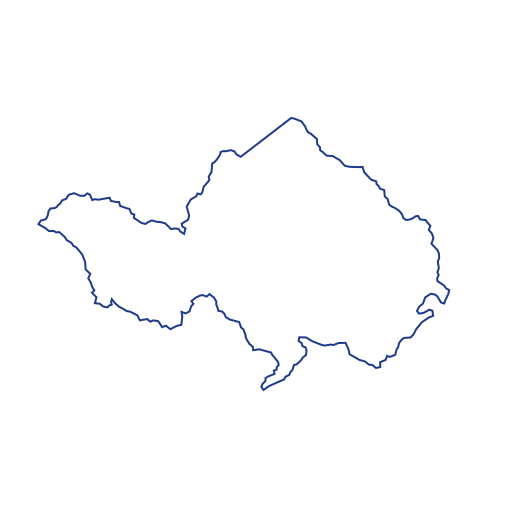 Pantano Grande, Rio Grande do Sul, Brazil (Albers equal-area conic projection), rotated 142°
{"feature_id": "56859067B18096093971388", "entity_name": "Pantano Grande", "entity_type": "district", "adm_level": 2, "iso_a3": "BRA", "parent_name": "Brazil", "parent_adm1": "Rio Grande do Sul", "projection": "albers", "projection_center": [-52.342, -30.265], "detail": "fine", "context": "isolated", "style": "outline", "palette": "blue", "viewbox_px": 512, "rotation_deg": 142, "n_neighbors": 0, "source": "geoboundaries", "source_scale": "gbopen_adm2", "svg_char_len": 3703}
<svg xmlns="http://www.w3.org/2000/svg" viewBox="0 0 512 512"><g transform="rotate(142 256 256)"><path d="M404.6,306.9L402.2,307.3L399.6,306.5L398.6,308.9L396.2,310.7L396.1,305.4L395.3,300.9L393.1,295.8L391.7,292.0L389.8,290.1L388.5,287.7L386.1,282.4L387.1,276.8L380.6,273.3L379.7,269.3L376.7,268.6L373.2,264.9L373.7,257.7L369.9,256.6L368.6,251.1L361.4,249.7L357.3,247.7L351.3,253.7L349.1,257.8L346.8,254.1L342.4,253.3L338.3,256.2L334.8,256.9L334.7,260.2L329.3,260.3L324.3,259.2L322.2,258.2L319.9,254.4L316.1,254.6L314.7,249.1L315.3,244.6L317.3,242.0L318.0,239.4L319.4,236.0L316.8,232.9L316.5,230.2L317.4,226.4L315.7,221.9L313.5,219.1L309.9,214.3L310.9,211.4L311.8,209.0L311.1,206.0L312.9,200.2L314.4,197.8L315.0,193.6L315.3,190.7L314.4,186.6L316.2,183.5L310.8,180.4L303.5,170.6L304.1,168.1L303.9,164.3L303.9,158.7L305.4,156.0L308.1,155.6L309.7,153.8L312.5,154.7L314.0,151.7L317.5,152.7L320.7,153.6L323.7,153.9L325.5,151.7L329.8,151.1L332.3,149.6L332.6,145.9L325.3,145.4L310.0,141.5L307.1,142.7L303.0,141.8L300.3,143.4L297.6,143.7L293.2,146.7L290.5,145.6L285.1,146.0L281.5,147.2L277.6,147.2L274.6,150.1L273.2,153.4L274.9,156.3L273.7,159.1L274.7,162.9L271.9,165.3L266.6,160.9L264.0,153.9L258.9,145.4L257.1,143.2L251.8,140.3L249.7,138.1L244.7,136.7L238.9,132.5L240.4,126.0L242.7,120.9L238.5,110.5L234.9,105.5L233.9,100.8L231.4,98.5L230.4,93.9L226.5,92.0L223.5,95.9L217.8,94.3L214.2,96.6L212.6,94.1L207.2,92.4L202.4,96.0L200.2,96.6L196.9,99.3L192.9,100.4L190.0,100.4L184.3,96.6L180.0,97.3L174.9,99.7L166.1,101.7L157.5,101.1L153.2,99.8L150.7,104.4L152.6,107.0L159.0,108.0L163.0,110.2L162.9,113.6L158.8,115.6L153.8,115.7L148.1,119.2L141.4,118.6L138.6,115.3L138.0,112.4L138.8,105.5L136.9,102.7L134.1,104.5L127.8,107.7L124.7,110.3L126.1,113.2L126.0,117.0L127.5,121.6L128.5,124.6L126.8,127.0L123.8,128.5L123.0,131.5L119.4,133.9L116.2,139.7L112.9,141.6L110.3,145.4L109.4,149.3L110.2,157.7L107.8,159.1L105.0,161.1L103.5,165.8L103.8,170.2L100.0,172.4L100.3,175.9L100.2,179.8L104.2,183.9L103.6,187.8L106.0,189.1L109.7,189.2L113.0,190.4L115.5,191.9L116.5,195.1L115.3,198.9L115.3,203.3L117.0,208.5L118.3,210.8L119.5,214.4L117.2,219.7L117.8,223.7L114.4,229.0L116.8,232.7L116.2,235.5L116.7,238.4L115.3,240.7L118.2,245.1L118.7,249.5L119.1,255.8L117.1,260.6L120.2,262.7L127.4,268.7L130.5,272.5L131.0,280.0L133.9,287.3L138.6,291.6L139.4,296.7L140.3,299.9L138.6,302.3L139.0,306.2L136.0,310.7L137.5,318.5L138.8,321.6L138.4,324.8L137.5,327.8L137.3,334.0L141.0,340.3L143.2,343.1L207.0,343.6L208.9,348.2L208.5,351.3L210.6,354.9L214.8,356.8L217.7,359.1L219.9,359.6L221.8,358.0L227.5,356.1L230.9,355.5L233.6,355.9L239.2,349.7L244.5,347.6L245.7,344.8L248.5,343.9L254.5,342.8L259.3,339.1L261.8,338.7L263.6,341.3L266.2,339.9L272.6,340.7L280.2,337.6L283.8,329.0L287.1,326.4L294.6,327.2L295.9,324.6L294.6,321.1L299.1,317.7L300.5,321.7L300.4,325.1L303.3,327.9L306.3,329.4L307.5,337.7L310.2,341.3L313.4,344.3L316.1,348.1L320.2,349.2L323.4,349.3L326.0,352.8L328.8,361.3L326.4,363.6L328.1,366.1L326.7,371.0L328.7,373.5L332.2,379.1L330.7,382.9L332.8,384.5L336.4,388.7L335.6,392.1L342.2,395.6L345.4,397.3L348.3,400.2L350.6,400.8L349.1,406.7L350.5,409.3L354.2,409.1L357.6,411.9L360.7,417.5L366.1,419.6L370.3,417.9L374.4,419.2L378.1,417.9L380.8,417.9L382.9,417.3L385.2,417.7L388.7,420.0L392.1,418.9L394.4,416.7L397.1,415.1L399.2,414.5L403.8,416.4L407.8,415.0L406.1,410.8L404.7,407.4L403.8,403.1L400.0,400.2L398.9,397.6L396.3,396.0L395.0,388.6L395.4,385.2L393.3,379.8L393.7,376.3L392.4,373.9L392.1,368.7L392.1,363.9L394.4,356.3L398.5,350.4L397.6,344.0L401.9,341.7L402.6,336.6L404.2,332.2L404.6,328.4L407.8,328.1L407.6,324.9L407.1,321.7L412.0,318.0L408.5,314.5L407.5,310.3L404.6,306.9Z" fill="none" stroke="#1e3a8a" stroke-width="2"/></g></svg>